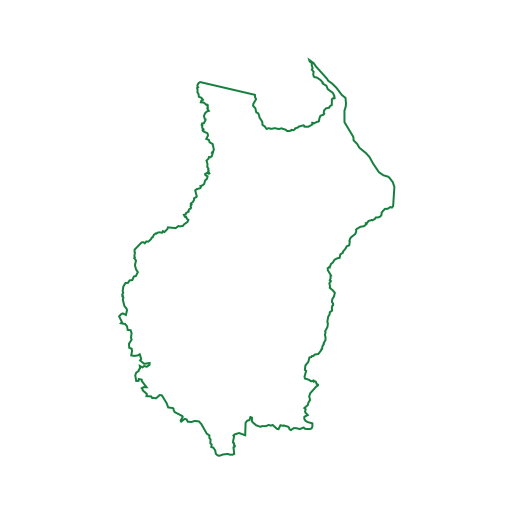 outline of Santa Maria das Barreiras, Pará, Brazil, rotated 283°
{"feature_id": "56859067B47432840261489", "entity_name": "Santa Maria das Barreiras", "entity_type": "district", "adm_level": 2, "iso_a3": "BRA", "parent_name": "Brazil", "parent_adm1": "Pará", "projection": "mercator", "projection_center": [-50.26, -8.642], "detail": "fine", "context": "isolated", "style": "outline", "palette": "green", "viewbox_px": 512, "rotation_deg": 283, "n_neighbors": 0, "source": "geoboundaries", "source_scale": "gbopen_adm2", "svg_char_len": 6082}
<svg xmlns="http://www.w3.org/2000/svg" viewBox="0 0 512 512"><g transform="rotate(283 256 256)"><path d="M369.4,174.5L368.0,175.4L367.8,176.3L366.9,176.5L366.4,175.8L365.6,176.6L364.7,180.9L363.9,181.6L362.4,182.1L358.9,181.2L358.5,184.0L356.4,185.2L355.3,188.6L350.2,191.0L347.6,190.7L347.4,190.0L346.6,189.8L346.5,190.7L343.4,190.5L342.0,189.5L341.8,187.9L340.1,187.8L337.8,186.3L334.8,188.0L331.8,188.5L330.5,190.0L329.6,189.9L328.8,190.6L327.9,190.3L326.0,192.0L325.5,191.4L326.0,189.6L324.4,188.0L323.5,188.4L322.7,190.9L320.3,190.9L318.1,189.4L314.6,189.3L313.1,188.3L311.7,186.2L311.2,186.8L309.6,186.5L307.8,183.2L306.3,182.0L300.7,184.9L300.0,184.6L298.4,182.7L296.5,183.0L294.2,182.2L292.5,180.7L291.7,180.8L291.4,181.6L289.9,181.0L288.5,181.8L287.6,181.7L286.5,180.4L284.8,180.0L284.1,180.4L282.2,178.3L280.6,178.0L279.9,176.5L278.5,177.6L278.0,178.4L278.4,179.1L276.8,180.3L275.9,182.0L273.6,181.5L270.7,178.8L268.9,178.0L267.7,175.2L267.7,173.6L265.1,171.5L264.1,163.8L262.4,163.6L258.7,161.4L259.3,159.7L257.6,159.3L257.3,156.3L256.6,154.9L255.4,154.0L255.5,153.2L253.6,151.7L250.9,151.1L250.5,150.3L248.7,149.9L246.4,148.3L245.7,147.7L245.5,145.8L243.4,144.8L244.1,143.2L243.4,141.4L234.9,136.3L232.7,136.7L232.0,137.3L228.6,137.5L227.3,138.3L226.5,137.8L224.6,140.1L219.8,140.1L216.0,142.1L213.7,144.5L209.3,143.4L208.8,141.9L208.2,141.5L204.7,140.9L203.8,138.3L201.0,137.3L200.4,134.9L196.3,133.6L191.7,134.0L190.3,134.9L188.0,134.3L187.2,135.3L186.4,135.0L185.8,136.1L183.5,136.0L177.6,139.1L175.4,141.9L174.0,142.5L169.3,142.5L170.1,139.1L169.0,137.7L166.4,136.2L161.5,140.2L160.1,139.5L160.3,143.8L158.5,146.1L155.1,147.6L155.5,150.5L152.9,152.1L148.1,152.6L146.6,153.6L141.9,152.0L138.1,153.1L137.7,155.7L135.5,156.6L131.1,156.8L131.2,159.7L132.6,163.3L134.1,164.8L129.9,167.3L128.2,166.5L125.8,171.3L127.8,176.4L125.9,176.7L123.5,174.4L123.6,171.7L121.9,170.4L122.8,167.5L120.4,168.3L118.9,167.4L117.8,167.6L115.2,165.5L112.5,165.2L107.3,167.4L107.9,169.6L109.8,169.4L109.8,172.4L108.4,172.9L103.5,178.9L102.9,175.9L101.5,174.4L100.6,175.5L99.6,175.8L97.0,180.7L94.8,180.8L95.6,185.4L94.2,186.9L94.7,187.9L94.8,190.5L98.9,193.5L99.0,195.7L92.4,202.1L88.7,204.5L89.1,209.1L88.8,209.9L87.3,210.4L85.6,211.9L83.5,220.2L82.8,220.8L78.6,219.6L77.8,220.4L81.2,223.1L81.2,225.1L79.2,226.8L79.7,230.3L81.5,233.5L82.0,237.5L80.0,240.5L71.7,248.1L70.8,250.9L68.2,251.5L67.0,253.0L63.3,253.6L62.3,255.2L59.8,255.4L59.7,257.5L57.3,260.0L54.2,261.4L53.2,263.3L53.0,265.0L55.2,268.6L56.8,273.0L56.5,275.0L57.1,277.8L58.2,279.3L64.5,277.1L65.4,278.1L66.3,278.1L66.7,277.2L68.6,276.8L68.9,275.7L69.6,275.4L75.4,275.2L76.0,274.4L77.5,275.5L79.7,279.4L78.9,285.8L91.0,283.4L93.5,284.4L94.6,286.5L97.8,286.8L97.6,288.4L94.1,289.2L93.3,290.1L91.1,294.2L90.6,298.8L91.6,300.1L92.5,304.0L94.2,306.3L94.1,308.7L95.1,310.2L92.3,315.3L92.3,316.9L96.6,317.9L96.6,320.6L97.1,321.1L96.9,325.5L96.3,326.7L94.8,327.6L94.2,329.2L96.8,331.5L97.3,334.0L97.2,337.6L99.6,341.0L98.6,342.8L99.3,346.8L100.2,348.6L101.1,349.1L102.7,349.3L105.6,348.6L105.8,343.5L106.6,341.2L108.3,339.6L110.3,339.3L112.6,342.2L114.5,339.4L115.4,338.8L117.8,338.9L118.7,337.3L122.4,340.0L125.2,340.1L127.8,341.1L131.2,339.4L134.4,339.7L142.6,344.2L143.8,345.5L144.6,345.3L145.1,343.7L146.7,342.8L147.1,342.1L147.2,341.2L146.6,340.5L147.6,340.0L146.3,337.9L147.3,335.4L147.6,331.3L149.3,330.4L155.3,330.7L156.0,329.3L157.0,329.1L160.6,328.8L164.5,330.8L169.2,330.9L169.9,332.6L171.0,332.9L171.5,334.4L173.1,335.3L174.6,338.8L178.8,340.7L179.7,340.6L180.3,341.3L182.9,341.0L185.7,342.0L186.3,341.5L189.7,342.6L192.3,342.1L194.7,340.9L197.3,340.9L198.2,340.3L203.0,341.6L206.5,341.2L207.9,340.3L213.0,340.0L215.9,340.9L217.8,340.5L219.8,342.4L223.1,341.5L224.9,341.6L225.4,342.2L227.0,341.8L228.1,340.5L229.1,340.2L231.5,340.1L234.0,341.1L237.9,341.1L239.9,338.4L241.6,335.0L242.6,335.2L245.9,333.6L248.4,334.6L248.9,333.4L250.9,333.7L253.2,333.1L253.7,333.6L258.3,329.2L260.1,328.6L261.6,329.7L261.4,330.4L265.0,330.8L266.7,332.2L270.1,333.4L272.3,336.1L273.0,337.9L276.6,337.8L278.5,339.8L280.1,339.9L283.1,341.5L285.8,342.2L287.4,344.4L290.9,344.2L291.6,343.6L294.2,343.8L295.9,344.6L299.7,347.7L302.2,348.2L304.2,347.6L305.0,348.1L307.9,351.1L309.4,354.6L312.1,356.5L312.7,355.7L313.6,357.0L315.4,357.7L317.1,360.6L316.9,361.4L318.9,363.5L320.4,364.0L321.2,366.6L322.4,368.2L324.0,369.0L326.7,368.7L330.9,371.0L331.5,373.5L333.9,375.9L333.7,377.5L335.4,378.4L354.4,375.3L358.7,372.7L362.2,368.5L363.0,366.9L363.3,362.0L365.3,356.9L372.6,349.1L378.0,344.3L381.1,339.8L384.7,332.4L388.1,329.2L390.6,325.1L393.6,324.2L394.7,323.3L406.3,312.1L417.4,309.5L421.6,309.8L424.9,309.4L430.2,307.6L432.2,303.4L438.0,296.5L441.2,291.3L443.0,286.9L444.7,285.3L454.2,271.7L456.8,268.9L459.0,263.8L457.6,264.6L456.6,267.0L454.2,267.5L451.8,268.9L450.1,268.5L448.5,270.7L445.9,270.9L443.9,271.9L443.4,272.8L443.6,275.0L441.9,279.4L440.0,282.1L439.1,282.1L437.7,286.3L434.7,288.4L432.3,294.1L429.3,296.5L428.3,296.4L427.6,297.1L427.0,296.5L427.2,295.8L425.8,294.7L420.1,295.9L418.6,294.3L416.9,293.9L415.7,291.1L413.2,289.6L410.6,289.8L409.9,290.5L408.8,289.9L407.2,287.3L404.6,286.8L401.6,287.0L400.9,286.5L400.5,285.3L398.2,282.6L398.6,281.7L398.4,280.8L396.7,281.2L393.7,277.9L392.9,274.1L393.7,273.7L394.0,272.8L391.7,268.5L390.9,268.3L389.1,265.4L388.2,265.3L387.0,264.2L386.9,262.1L386.1,261.9L385.1,260.0L384.8,258.1L385.7,256.6L386.1,252.1L384.8,249.6L384.8,245.7L383.3,242.1L383.4,239.7L382.2,237.7L384.4,235.1L385.1,232.9L388.2,231.9L391.9,228.1L393.8,227.4L395.6,225.9L396.0,224.0L399.8,222.1L401.8,219.3L403.8,219.2L408.8,220.8L410.6,219.3L412.8,218.7L412.9,162.5L411.6,161.2L409.8,160.6L408.5,160.6L407.4,161.7L406.4,160.8L404.7,161.7L402.3,162.1L401.0,163.5L398.3,164.5L397.9,167.1L396.3,169.2L395.0,167.8L393.3,167.7L393.8,170.5L392.1,173.7L392.5,174.5L392.0,175.2L390.3,175.2L389.6,175.8L388.7,175.4L386.8,177.4L386.0,175.9L384.0,174.4L382.3,174.0L380.6,173.8L378.1,175.2L377.8,176.1L376.8,176.2L373.6,175.3L373.0,173.6L371.4,173.6L371.2,174.4L369.4,174.5Z" fill="none" stroke="#15803d" stroke-width="2"/></g></svg>